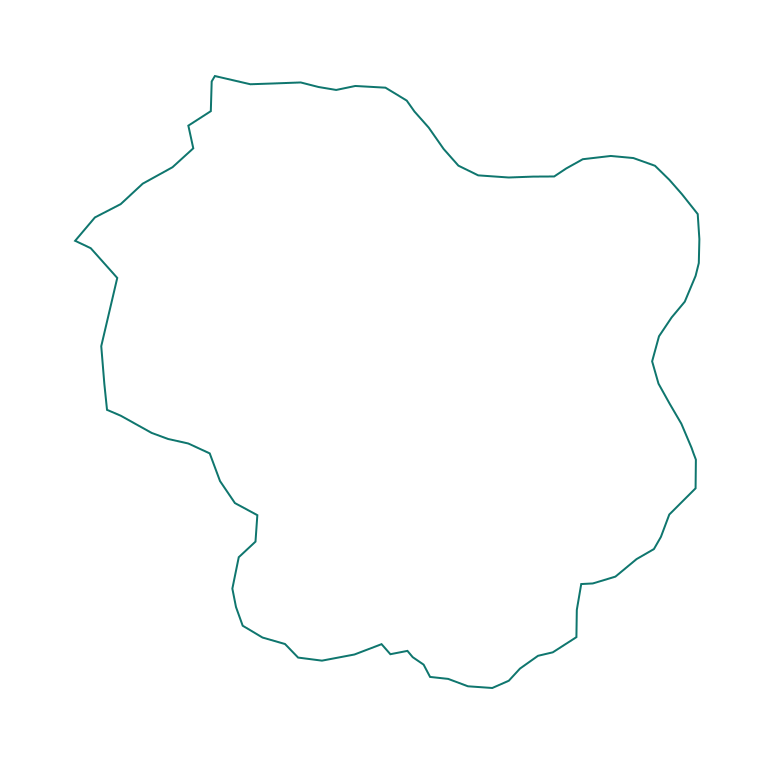 outline of Agia Anna, Larnaca, Cyprus, rotated 274°
{"feature_id": "46923920B8149525984210", "entity_name": "Agia Anna", "entity_type": "district", "adm_level": 2, "iso_a3": "CYP", "parent_name": "Cyprus", "parent_adm1": "Larnaca", "projection": "equal_earth", "projection_center": [33.489, 34.939], "detail": "fine", "context": "isolated", "style": "outline", "palette": "teal", "viewbox_px": 768, "rotation_deg": 274, "n_neighbors": 0, "source": "geoboundaries", "source_scale": "gbopen_adm2", "svg_char_len": 1308}
<svg xmlns="http://www.w3.org/2000/svg" viewBox="0 0 768 768"><g transform="rotate(274 384 384)"><path d="M238.2,664.8L250.8,670.9L273.7,677.7L301.7,702.1L303.3,702.0L330.3,700.4L336.6,697.5L341.7,695.3L365.1,683.4L384.3,670.3L403.5,657.8L425.3,649.9L450.8,655.0L470.5,666.3L487.1,678.3L513.6,687.3L526.6,689.6L550.5,688.5L575.4,685.1L594.1,668.0L607.6,654.4L620.6,639.1L626.8,617.0L627.3,594.3L622.1,566.6L611.7,550.7L602.9,539.3L601.3,518.4L598.7,494.0L598.7,463.4L607.0,443.0L622.6,427.1L642.9,410.7L657.9,395.4L668.3,386.9L679.7,364.8L679.3,334.6L674.0,315.8L675.7,298.0L679.0,279.9L676.0,251.9L673.7,229.8L679.4,193.8L673.8,191.0L644.1,192.2L628.1,170.8L605.8,177.3L585.5,157.9L567.0,129.3L545.1,108.8L530.0,84.0L505.3,65.9L499.0,82.0L471.2,110.5L402.0,99.3L364.7,105.0L338.9,109.5L334.0,123.6L319.0,155.6L314.1,172.4L311.0,192.9L302.6,215.0L275.7,227.2L254.8,243.6L244.3,266.8L217.8,266.8L201.1,251.2L169.3,247.0L151.2,251.9L133.0,259.9L122.6,280.5L117.7,303.4L105.1,317.4L103.7,341.4L112.1,373.4L124.3,399.7L114.9,409.2L119.4,426.0L113.5,431.7L106.8,443.1L95.0,450.4L94.3,468.6L88.3,488.8L88.3,501.4L88.3,513.2L96.7,529.2L109.6,539.5L123.6,556.6L128.1,571.1L144.9,593.6L172.1,592.1L198.2,594.7L199.6,606.2L208.0,628.3L226.9,648.1L238.2,664.8Z" fill="none" stroke="#0f766e" stroke-width="2"/></g></svg>